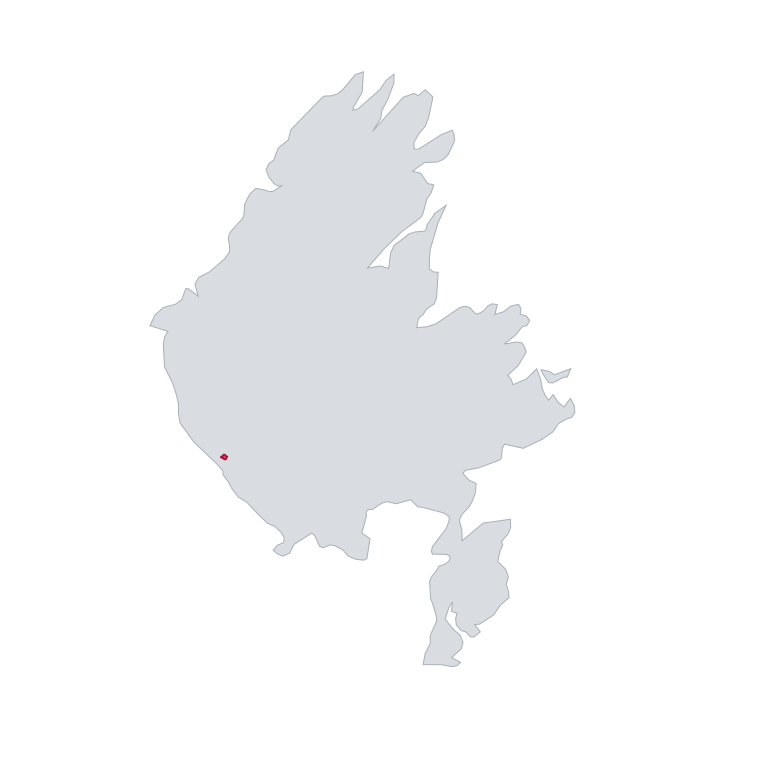 Dundrum Lea-7, Dún Laoghaire–Rathdown, Ireland (highlighted), rotated 148°
{"feature_id": "5873133B72160674948779", "entity_name": "Dundrum Lea-7", "entity_type": "district", "adm_level": 2, "iso_a3": "IRL", "parent_name": "Ireland", "parent_adm1": "Dún Laoghaire–Rathdown", "projection": "orthographic", "projection_center": [-6.254, 53.292], "detail": "fine", "context": "in_parent", "style": "filled", "palette": "rose", "viewbox_px": 768, "rotation_deg": 148, "n_neighbors": 0, "source": "geoboundaries", "source_scale": "gbopen_adm2", "svg_char_len": 4590}
<svg xmlns="http://www.w3.org/2000/svg" viewBox="0 0 768 768"><g transform="rotate(148 384 384)"><path d="M478.2,146.1L464.9,155.2L462.9,158.7L458.9,172.8L458.4,176.9L449.9,192.5L445.2,195.6L438.1,198.0L434.1,200.5L429.2,199.1L422.9,199.2L419.6,201.9L419.8,204.1L421.6,206.6L433.1,214.1L432.4,217.1L429.0,220.5L407.8,228.5L401.4,233.4L399.2,236.7L401.2,242.5L417.6,259.9L420.4,261.8L422.7,271.7L437.5,276.2L443.5,282.5L448.7,284.1L460.1,283.7L464.7,286.1L467.3,284.4L468.9,281.2L481.8,269.3L477.9,260.2L491.0,245.0L494.5,245.3L500.5,250.0L505.4,256.6L506.9,265.3L511.6,273.2L514.6,275.9L522.8,277.6L524.7,280.6L523.1,292.0L524.3,295.8L545.3,295.6L553.7,290.6L560.9,291.5L564.5,296.6L566.1,301.8L559.9,303.8L553.3,302.7L550.1,306.2L549.9,312.8L552.1,321.3L556.5,327.4L560.0,341.1L562.9,356.2L567.5,365.3L568.5,376.7L567.8,382.3L568.6,392.3L566.7,395.8L568.2,405.2L576.0,435.6L577.6,459.2L573.8,468.1L568.6,476.6L565.3,486.6L562.7,497.3L561.1,514.7L549.8,535.1L545.0,540.2L539.4,543.3L551.6,557.5L541.6,563.9L530.7,565.8L518.7,562.2L511.1,562.6L501.5,569.9L499.4,568.5L495.0,556.8L491.5,568.8L484.5,572.6L472.6,571.6L452.7,574.6L444.9,577.9L441.7,583.2L439.2,589.4L436.0,593.0L432.4,594.8L416.9,599.1L413.8,600.9L406.4,610.7L396.9,616.3L389.1,617.8L382.3,611.8L379.6,608.2L376.4,606.3L365.8,606.3L369.1,608.2L371.2,612.4L372.0,620.3L370.6,628.0L365.2,631.8L358.9,632.3L348.8,640.1L335.6,641.8L328.3,649.0L284.5,659.8L282.0,659.8L276.2,656.4L269.7,654.7L263.2,655.4L244.7,661.5L236.0,659.7L248.0,642.9L263.5,634.8L265.2,632.5L260.3,631.1L231.5,635.8L221.3,640.4L211.3,641.4L216.3,633.8L229.6,623.6L241.0,617.0L246.1,610.9L259.8,604.3L215.8,617.0L204.6,614.6L202.1,610.3L193.2,611.7L190.4,601.5L204.3,587.0L212.3,580.8L221.5,577.8L230.4,573.2L234.0,567.1L230.0,564.9L203.9,565.1L191.6,563.1L192.5,558.2L195.1,552.9L208.5,544.2L215.5,543.1L221.7,544.3L232.4,550.4L247.0,549.4L241.2,543.1L240.8,530.9L236.3,526.6L242.5,521.3L249.5,518.2L261.4,507.2L265.5,505.6L288.0,503.8L312.3,498.6L336.5,491.1L324.4,485.9L318.8,479.5L308.9,491.7L301.9,496.2L282.7,498.0L276.7,496.3L268.3,492.0L265.6,493.4L263.0,496.3L250.0,501.8L236.6,502.6L252.7,492.1L273.2,473.9L277.8,468.0L284.5,457.7L282.8,452.9L278.9,450.1L293.9,429.0L299.1,425.3L308.1,425.0L314.9,421.9L317.8,422.0L320.5,420.8L326.5,414.5L317.7,410.0L308.6,407.5L280.0,408.6L276.2,407.9L272.8,405.8L270.6,402.8L269.3,395.3L267.3,393.6L260.8,393.3L254.4,395.2L250.0,394.8L245.8,391.3L253.1,384.2L244.3,381.9L235.2,382.9L227.8,380.3L227.8,375.5L231.5,371.0L227.3,366.3L226.7,360.6L231.6,358.0L236.7,359.2L247.4,355.6L261.0,354.2L249.6,349.5L245.2,345.8L245.3,340.4L246.4,335.8L260.2,328.6L274.5,325.8L273.7,320.6L275.0,315.1L260.7,312.8L246.4,316.0L248.5,305.5L252.3,296.0L253.3,289.7L253.0,282.9L246.2,285.4L246.0,275.8L243.5,269.1L233.5,273.1L234.2,264.5L237.4,258.6L242.6,256.2L247.6,257.6L256.9,258.0L266.2,253.9L279.3,253.3L300.0,255.7L313.7,269.1L317.5,267.0L323.6,259.1L326.3,258.3L347.7,262.6L360.9,267.7L364.5,266.4L362.9,257.3L358.5,250.9L364.6,242.9L371.7,237.6L376.5,235.0L387.4,231.9L392.2,228.8L395.6,218.4L400.8,209.7L373.7,213.5L348.4,202.3L352.7,195.1L358.3,191.1L367.7,188.2L368.7,184.4L373.5,181.4L381.6,173.3L379.0,162.3L380.8,154.4L386.5,149.3L388.5,141.9L391.2,136.5L402.5,134.8L413.5,130.0L430.2,129.7L434.5,131.8L433.7,122.8L441.6,121.8L444.6,123.6L445.8,130.1L449.3,134.2L450.3,141.3L447.8,146.8L443.7,150.9L447.3,155.3L441.4,163.0L447.7,159.8L456.6,152.3L456.2,146.0L454.9,138.2L452.6,131.0L453.8,123.2L458.8,118.4L471.7,116.2L466.6,107.3L471.3,106.5L476.4,108.4L483.8,115.4L499.6,125.3L491.7,133.8L482.0,139.7L478.2,146.1ZM243.9,308.8L243.3,312.9L237.3,307.3L234.5,301.5L217.4,298.0L224.9,292.8L228.3,294.6L240.5,295.5L243.7,298.0L243.9,308.8Z" fill="#d9dde1" stroke="#a8b0b8" stroke-width="1"/><path d="M556.4,408.4L556.7,408.5L556.9,408.7L557.1,409.0L557.3,409.2L557.5,409.1L557.8,409.1L558.7,408.5L559.3,408.4L559.5,408.3L559.5,408.2L559.6,408.3L559.7,408.2L559.8,408.6L560.0,408.8L560.4,408.9L560.9,408.7L561.1,408.5L561.3,408.2L560.8,407.9L560.2,407.8L560.5,407.0L560.5,406.9L560.4,406.8L560.1,406.7L559.7,405.9L559.6,405.7L559.7,405.0L559.6,404.9L559.4,404.6L558.6,404.7L558.5,404.0L558.4,403.9L558.3,404.1L557.7,404.3L557.5,404.2L557.4,404.2L557.4,404.3L557.4,404.5L557.1,404.5L556.9,404.5L556.7,404.6L556.7,404.8L556.5,405.0L556.4,404.9L556.3,405.0L556.2,405.2L556.0,405.4L555.9,405.4L555.5,405.3L555.4,405.4L555.6,405.5L555.8,405.7L555.7,406.1L556.1,406.4L556.0,406.6L556.0,406.9L556.1,407.1L556.3,407.1L556.3,407.3L556.3,407.6L556.2,408.3L556.4,408.4Z" fill="#f43f5e" stroke="#9f1239" stroke-width="1.5"/></g></svg>